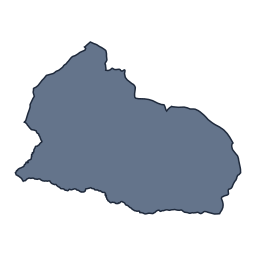 Viracachá, Boyacá, Colombia (orthographic projection)
{"feature_id": "7082276B30713394717050", "entity_name": "Viracachá", "entity_type": "district", "adm_level": 2, "iso_a3": "COL", "parent_name": "Colombia", "parent_adm1": "Boyacá", "projection": "orthographic", "projection_center": [-73.275, 5.447], "detail": "fine", "context": "isolated", "style": "filled", "palette": "slate", "viewbox_px": 256, "rotation_deg": 0, "n_neighbors": 0, "source": "geoboundaries", "source_scale": "gbopen_adm2", "svg_char_len": 5763}
<svg xmlns="http://www.w3.org/2000/svg" viewBox="0 0 256 256"><path d="M219.6,213.7L220.6,211.8L221.7,210.2L222.4,208.6L222.9,207.2L223.1,205.1L223.0,203.7L222.5,201.4L221.4,198.6L221.7,197.4L222.3,196.8L223.0,196.6L223.9,196.1L224.5,195.8L227.1,195.1L227.9,194.6L228.3,194.2L228.5,193.8L228.2,190.9L228.2,190.1L228.8,189.2L230.4,188.7L231.3,188.1L231.7,187.6L232.3,186.6L232.9,184.9L233.6,183.4L234.7,181.5L236.0,179.9L236.2,179.3L236.7,178.2L236.7,177.6L237.3,176.2L237.6,175.5L238.0,175.1L238.7,174.8L239.2,174.4L240.2,173.2L240.6,172.8L240.5,169.4L240.3,168.1L238.6,160.0L238.5,158.9L237.9,156.8L237.5,155.9L237.2,155.4L236.6,154.8L233.8,151.3L232.5,149.5L231.8,146.9L231.7,145.6L232.1,143.8L233.0,143.0L229.7,137.2L227.2,133.6L223.9,130.1L222.2,128.8L221.1,128.1L219.7,127.1L215.0,124.6L212.2,122.8L208.1,119.6L205.9,117.1L203.8,115.0L200.0,111.8L198.2,110.6L195.2,109.2L193.3,109.0L190.5,109.0L189.9,108.9L187.2,107.8L184.1,107.1L178.3,107.3L173.0,106.8L171.4,106.4L171.1,106.8L170.5,107.2L169.8,107.6L168.8,108.5L167.8,109.5L166.7,111.0L166.3,110.4L165.9,109.9L164.9,106.6L164.1,104.9L163.5,104.7L161.4,104.5L157.7,103.2L152.7,100.7L148.8,99.5L144.6,98.9L138.4,98.7L135.7,98.2L134.8,97.3L134.6,95.7L134.6,93.5L135.1,89.8L135.3,87.7L134.9,86.4L134.2,85.3L133.3,84.4L131.9,83.6L127.2,79.9L125.3,77.4L124.5,73.7L125.0,70.8L124.9,70.3L124.7,70.0L124.4,69.9L123.8,70.1L122.7,70.9L122.3,71.0L121.7,71.0L121.2,70.9L120.4,70.1L120.2,69.7L119.4,69.3L118.4,69.3L115.9,69.6L114.8,69.5L114.3,69.4L113.5,69.0L112.5,68.3L111.8,68.4L110.4,69.7L108.8,70.4L107.5,70.5L105.7,70.2L105.9,69.1L105.9,68.1L105.7,67.1L105.5,64.8L105.2,64.3L105.0,63.9L105.4,62.6L105.9,62.0L106.7,60.6L106.9,59.8L106.5,56.2L106.5,53.8L106.2,52.1L105.9,50.9L105.7,50.5L105.4,50.2L104.1,49.2L101.5,47.5L100.0,46.8L98.5,45.9L97.1,44.9L95.6,44.2L94.3,43.8L90.3,42.0L88.4,43.7L87.4,44.5L85.3,46.5L84.5,47.0L85.1,47.6L85.7,48.4L84.9,50.2L81.0,51.9L79.6,52.6L78.4,53.6L76.7,54.7L74.8,55.8L74.0,56.0L72.6,56.5L71.8,57.1L70.8,58.1L68.3,61.3L67.4,62.2L66.1,63.9L64.8,64.7L63.8,65.5L62.7,67.2L59.7,69.6L58.5,70.4L56.9,71.0L55.9,71.5L54.6,72.6L53.3,73.5L46.4,75.4L43.8,78.6L42.1,80.3L38.1,85.5L36.1,87.1L33.7,88.3L33.5,88.6L33.5,90.1L33.2,91.7L33.2,92.6L34.3,96.3L32.9,98.6L30.1,104.5L30.1,107.0L29.4,109.5L27.9,113.6L25.9,120.2L25.5,121.0L24.5,121.8L24.3,122.2L25.2,122.5L26.1,123.2L26.9,124.1L27.5,125.2L28.4,126.1L28.7,126.6L29.9,128.1L30.5,128.6L31.3,129.6L34.2,130.1L36.2,130.9L36.5,132.0L37.0,132.8L37.5,133.4L38.2,133.6L38.8,134.2L39.0,135.5L39.7,136.3L40.5,138.6L41.3,140.5L41.5,140.8L41.9,141.1L41.9,141.3L41.6,142.2L41.3,142.4L41.0,142.5L40.2,143.2L39.0,144.9L38.2,145.3L37.5,146.1L37.1,146.2L36.0,146.2L35.7,146.4L35.4,146.7L34.8,148.3L34.3,149.0L34.0,149.6L33.7,152.0L32.4,152.8L32.5,153.2L32.8,153.4L32.8,153.6L32.5,153.9L32.0,154.1L31.6,154.5L31.5,155.3L31.8,155.8L31.8,156.1L31.7,156.6L31.3,156.9L31.4,157.9L31.2,158.4L31.2,158.9L30.5,159.5L28.7,160.3L28.0,160.8L27.8,161.3L28.2,162.2L28.0,162.6L27.6,162.7L26.5,162.1L26.1,162.3L25.6,163.7L25.4,164.0L24.9,164.3L24.4,164.8L23.8,166.4L23.6,166.6L23.2,166.7L22.7,167.0L20.6,168.0L19.6,168.3L18.2,169.2L17.6,169.9L17.4,170.5L17.2,170.6L16.9,170.5L16.6,170.8L16.4,171.0L16.0,172.1L15.8,172.4L15.4,172.7L16.2,174.8L16.4,174.8L17.6,175.7L18.1,175.7L21.6,178.5L22.8,180.7L23.2,181.2L23.5,180.9L23.9,180.8L24.8,180.8L25.6,180.5L26.4,179.5L27.1,178.9L28.8,178.1L29.8,178.1L30.8,178.4L32.1,178.1L33.5,178.2L34.2,178.5L34.5,178.9L37.4,179.3L38.8,178.9L39.7,179.0L40.0,179.1L40.7,179.7L41.2,180.1L42.7,180.8L44.7,181.1L46.0,180.9L47.2,181.2L48.6,180.9L49.4,180.9L50.0,181.2L50.3,181.9L51.5,183.3L52.7,183.9L54.4,184.5L54.7,184.6L55.6,184.4L56.1,184.5L56.5,185.1L57.0,185.7L58.1,186.6L58.6,186.9L59.6,187.3L60.6,188.5L61.1,188.7L63.4,188.8L64.1,189.2L64.5,189.8L65.4,190.2L66.3,190.3L67.6,190.7L68.0,190.6L68.5,190.2L69.0,189.5L69.2,189.4L69.5,189.3L69.9,189.4L70.9,189.8L71.7,189.8L72.7,189.4L74.7,188.8L75.9,189.1L76.3,189.4L76.6,189.9L78.3,190.3L78.9,190.6L79.6,191.2L80.9,191.9L81.3,191.8L81.5,191.9L81.8,192.1L83.1,191.9L83.8,192.0L84.0,191.9L84.6,191.3L85.1,191.1L85.5,190.0L85.6,189.2L85.9,188.8L87.2,188.7L90.2,187.9L90.5,187.7L90.8,187.7L91.1,187.8L92.1,188.6L93.4,188.6L94.0,188.8L94.4,189.5L95.0,189.9L97.6,190.0L97.8,190.1L98.9,190.9L99.5,191.0L100.2,190.8L100.6,190.9L101.3,191.7L102.1,192.0L102.4,192.3L103.0,192.4L104.4,192.4L104.7,192.5L105.6,194.0L105.5,194.5L105.1,194.8L105.1,195.0L105.3,195.2L105.8,195.2L106.0,195.3L106.3,195.9L106.0,196.4L105.9,196.8L106.6,197.6L106.9,199.1L107.6,199.7L107.8,200.4L108.1,200.8L109.0,201.3L110.0,202.3L110.5,202.7L111.1,202.7L112.3,202.2L113.4,202.4L114.2,202.4L114.7,202.5L115.4,203.3L115.6,203.4L116.9,203.6L117.9,203.5L118.1,203.5L118.4,203.1L118.6,202.9L119.6,203.0L120.8,201.7L121.9,201.5L122.2,201.6L122.7,202.0L123.5,202.3L124.2,202.7L124.8,203.2L125.4,204.4L125.6,204.7L126.0,205.0L127.1,205.3L128.1,205.8L129.8,207.4L130.9,207.9L132.2,209.2L134.0,210.3L134.6,210.7L135.6,210.8L136.8,211.2L137.8,211.2L138.5,211.1L139.1,211.1L139.6,211.5L139.8,212.5L140.0,212.7L141.0,212.6L142.7,212.9L144.6,213.8L145.8,213.9L148.3,213.3L149.2,213.2L152.6,213.6L153.3,213.4L153.6,213.0L154.5,212.7L154.9,212.5L156.0,211.4L157.0,210.7L157.7,210.4L158.7,210.2L159.0,210.2L159.8,211.0L160.3,211.3L160.8,211.3L162.1,210.7L162.6,210.6L163.4,210.7L165.8,209.9L167.0,209.8L168.8,210.2L169.6,210.3L171.5,209.8L173.2,209.7L174.7,209.5L177.1,210.1L178.2,210.2L179.4,210.3L180.9,210.0L181.7,210.1L183.3,211.4L184.6,212.2L187.6,212.6L188.6,213.0L190.0,213.3L192.2,212.7L193.8,212.9L195.0,212.7L195.8,212.7L197.2,212.3L198.1,212.4L200.0,213.4L200.7,213.6L201.5,213.4L202.5,212.8L203.9,211.7L204.7,211.5L206.4,211.7L208.0,212.3L214.4,214.0L217.2,213.9L219.6,213.7Z" fill="#64748b" stroke="#1e293b" stroke-width="1.5"/></svg>